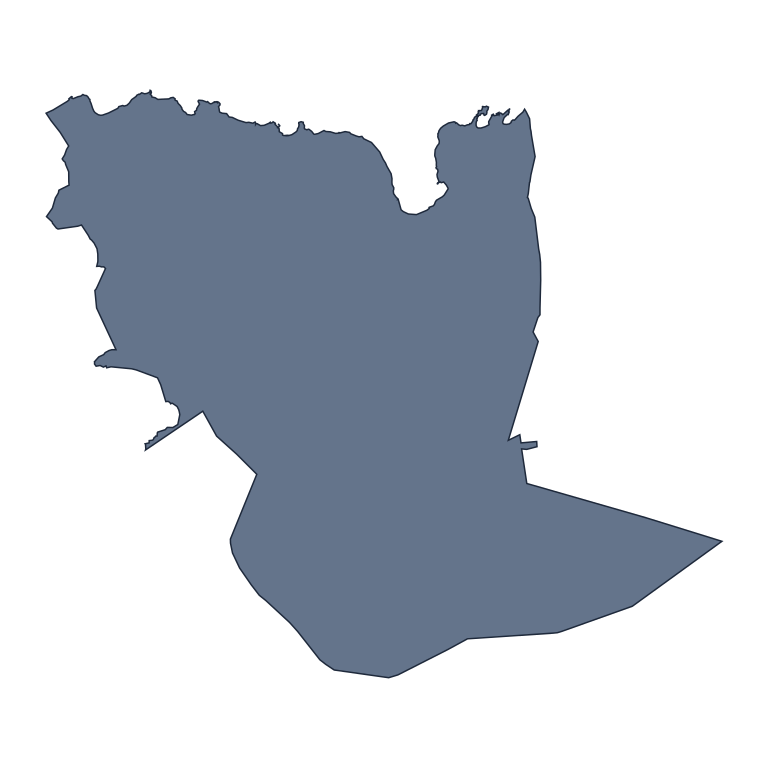 the district of Malvik nor, Sør-Trøndelag, Norway
{"feature_id": "86288312B36520451776758", "entity_name": "Malvik nor", "entity_type": "district", "adm_level": 2, "iso_a3": "NOR", "parent_name": "Norway", "parent_adm1": "Sør-Trøndelag", "projection": "orthographic", "projection_center": [10.725, 63.369], "detail": "fine", "context": "isolated", "style": "filled", "palette": "slate", "viewbox_px": 768, "rotation_deg": 0, "n_neighbors": 0, "source": "geoboundaries", "source_scale": "gbopen_adm2", "svg_char_len": 6015}
<svg xmlns="http://www.w3.org/2000/svg" viewBox="0 0 768 768"><path d="M721.9,541.3L645.8,517.7L526.8,483.5L521.6,448.9L526.6,449.4L537.0,446.7L536.7,441.5L521.0,442.9L519.8,434.7L508.3,440.3L538.2,341.5L533.1,332.0L537.9,317.5L540.0,314.8L540.0,307.9L540.7,280.2L540.5,262.4L539.7,254.5L538.7,249.1L534.8,217.1L531.2,208.4L528.2,198.2L527.4,197.6L528.3,193.5L529.5,182.5L529.9,182.0L530.9,175.0L535.1,156.6L531.5,135.5L531.0,131.2L530.4,128.7L529.6,118.8L526.4,112.2L524.6,109.2L522.9,112.1L517.9,116.4L515.2,119.5L514.3,120.2L513.0,119.9L511.3,121.3L511.1,122.5L509.3,123.9L506.6,124.4L504.2,124.2L503.0,123.6L502.6,122.0L503.9,118.2L504.4,117.4L507.6,114.4L508.2,114.6L509.2,112.0L508.6,111.7L509.4,109.3L510.2,109.4L509.4,109.0L509.2,109.7L507.9,110.1L503.1,114.5L502.5,114.6L501.9,113.7L500.6,113.0L499.7,113.2L499.3,114.2L499.0,112.4L496.4,113.8L496.6,114.2L497.8,113.6L498.0,114.9L494.2,115.7L493.3,115.2L493.7,115.0L493.3,114.2L492.9,114.4L493.3,115.1L493.0,115.3L492.6,114.6L491.6,115.2L491.9,115.9L488.7,121.6L488.7,123.1L489.1,124.2L488.9,124.8L485.3,126.7L481.1,128.0L478.1,128.0L476.8,127.1L476.1,125.5L476.1,123.0L476.4,121.5L477.2,120.3L476.7,118.8L477.3,118.3L477.2,117.3L477.3,116.9L478.2,116.6L478.0,116.0L478.5,115.6L480.3,115.1L480.4,114.5L481.3,113.6L483.6,113.5L484.0,115.1L484.7,115.4L486.5,114.2L486.9,112.6L486.8,111.3L488.0,109.5L488.5,107.1L486.4,106.2L485.2,106.9L482.6,106.5L482.4,106.8L482.7,107.4L482.1,108.8L482.0,109.6L481.2,110.5L478.6,110.6L478.8,111.3L478.1,111.9L478.5,113.2L476.7,114.8L477.3,115.2L477.3,115.6L476.7,115.6L474.5,117.4L473.9,119.0L472.9,120.1L473.0,120.7L471.2,123.5L469.9,123.6L470.0,123.9L469.5,124.5L467.1,124.9L464.8,125.9L462.1,125.2L460.4,125.6L458.7,124.8L457.0,123.2L456.3,122.8L455.7,123.2L455.0,122.0L453.9,121.8L448.5,123.0L443.2,126.1L440.6,128.3L439.0,130.7L438.4,133.0L437.8,133.9L438.0,134.9L437.8,136.9L439.3,140.9L439.1,143.5L437.3,145.8L435.2,149.7L434.8,154.2L434.8,155.9L435.7,158.3L436.4,162.4L436.3,165.2L436.6,166.8L436.0,167.5L436.3,168.6L437.6,169.3L438.0,171.3L437.0,174.5L437.3,177.1L439.1,181.8L437.6,182.9L437.3,183.7L437.7,183.9L438.5,182.7L440.4,182.0L441.2,182.7L443.7,182.0L446.2,184.9L447.9,187.9L448.1,188.9L444.2,195.1L442.3,196.8L436.5,200.2L435.4,201.8L434.4,204.5L433.2,205.9L429.2,207.3L429.0,207.6L429.2,208.5L426.8,210.3L416.5,214.6L408.4,214.0L403.3,211.6L401.1,209.8L398.2,199.3L397.6,199.5L397.8,198.8L395.8,196.8L393.6,193.6L393.3,190.8L393.7,189.6L393.8,187.8L392.1,184.6L391.9,182.1L392.0,178.7L391.1,173.7L386.9,166.3L385.5,163.0L383.2,159.4L379.7,152.0L371.5,142.5L363.8,138.8L361.9,136.4L359.0,136.8L356.3,136.0L350.8,133.8L349.6,132.4L345.1,131.6L339.6,133.0L339.2,133.0L339.1,132.0L338.8,133.1L335.6,133.4L330.3,131.8L325.8,131.5L324.0,130.5L318.3,133.5L314.7,134.3L313.8,134.1L311.7,131.4L309.1,129.4L308.3,129.2L306.9,129.8L304.6,128.9L304.3,128.1L304.5,125.7L303.2,123.4L303.3,122.3L301.1,121.7L298.8,122.5L298.7,123.8L299.1,124.6L298.6,127.1L297.5,128.9L297.3,130.5L295.9,132.0L291.8,134.7L288.5,135.6L286.9,135.7L287.2,135.3L286.9,135.3L284.0,135.6L282.6,135.1L282.5,133.6L279.3,131.7L279.1,128.7L278.4,128.0L279.5,125.7L280.1,126.4L279.6,125.5L278.1,123.8L279.4,125.6L278.3,127.9L277.5,127.7L277.4,126.6L275.2,124.6L275.0,123.7L275.4,123.7L275.3,123.2L273.1,121.8L272.7,122.4L271.1,123.1L270.4,123.1L270.2,122.3L268.9,123.3L264.2,125.3L260.5,125.6L257.2,123.7L256.1,123.5L255.6,124.3L255.6,123.0L255.1,122.0L252.9,123.2L248.9,122.3L246.0,122.6L238.1,120.2L232.3,117.4L229.1,117.0L226.6,113.6L222.2,113.2L219.8,112.2L219.4,111.1L219.0,108.2L218.5,106.7L220.0,104.9L220.0,103.7L218.6,102.2L217.3,101.7L217.1,101.7L217.2,102.5L216.2,101.8L215.0,102.2L215.1,101.8L214.4,101.8L212.2,103.4L210.6,103.8L209.5,103.4L207.6,101.6L206.9,102.1L202.5,100.5L198.8,100.2L198.2,100.8L198.1,101.5L199.5,104.1L197.3,107.5L196.7,108.8L196.5,110.3L194.6,111.6L195.1,113.8L194.1,114.7L193.8,114.9L194.2,114.4L191.4,115.2L187.1,114.5L185.6,112.5L183.6,111.4L181.9,109.1L181.9,108.1L180.3,105.6L178.1,103.4L177.1,101.0L175.3,100.3L175.0,99.8L175.1,98.8L173.2,97.4L170.8,97.8L168.8,98.9L157.8,99.4L155.1,97.7L151.9,97.0L151.6,95.5L150.2,94.2L150.3,93.4L151.1,93.3L151.4,92.3L150.8,90.6L150.1,90.3L149.8,91.9L147.3,93.3L144.7,93.8L141.7,92.8L139.4,94.4L138.8,94.2L136.6,95.4L136.3,96.3L131.7,99.6L129.3,103.1L126.9,105.3L124.0,106.1L122.8,105.5L118.8,106.6L118.1,108.0L117.3,108.6L108.5,113.0L102.5,115.1L100.8,115.3L98.4,114.8L95.1,112.7L93.9,111.2L92.6,108.3L91.0,103.3L89.9,100.8L89.9,99.4L89.0,98.8L88.2,97.2L86.6,95.6L84.4,95.3L82.9,94.5L80.8,96.1L78.0,96.7L73.3,98.6L72.0,98.3L72.0,96.7L71.4,96.6L68.9,98.8L69.2,99.2L69.1,99.8L67.4,101.3L53.0,110.0L46.1,113.2L51.0,120.6L60.2,132.4L68.7,146.0L66.6,149.4L64.6,155.0L62.2,158.9L63.3,160.6L65.2,162.3L65.6,164.3L68.7,171.8L68.8,181.9L69.1,185.1L58.9,190.2L58.3,193.1L55.4,197.9L52.4,208.1L46.5,216.6L52.1,221.8L52.5,223.2L56.4,228.1L58.0,229.0L77.8,226.2L81.5,225.0L88.3,235.4L90.2,239.1L91.5,240.0L94.1,243.1L97.0,248.7L97.8,254.0L97.9,260.3L97.8,261.9L96.7,266.4L99.4,266.2L101.5,266.9L103.8,266.8L105.5,268.5L97.2,286.8L96.0,289.2L94.9,290.4L96.6,308.0L116.0,349.7L111.8,349.7L109.1,350.5L105.2,352.6L103.7,354.6L98.8,356.9L94.4,361.8L94.6,362.2L94.5,364.0L96.1,366.2L100.1,365.5L103.4,367.1L106.0,365.9L106.7,367.8L111.0,366.8L131.7,368.8L136.2,369.9L157.5,377.8L160.7,384.7L165.8,401.6L168.2,401.4L170.0,402.6L170.6,403.8L172.0,403.2L172.6,403.4L177.1,406.5L178.7,409.7L179.2,411.5L179.8,414.6L177.8,424.5L172.9,427.5L167.3,427.4L165.2,429.7L157.7,432.1L157.3,432.9L157.1,436.0L155.7,436.1L154.6,437.5L154.1,437.6L153.3,439.6L152.4,440.2L149.2,440.6L149.1,442.9L145.1,443.8L145.5,444.5L145.8,449.0L145.5,450.0L202.8,411.2L216.6,436.1L236.7,454.2L256.8,474.3L230.4,539.1L230.5,543.2L232.5,553.0L239.6,568.0L251.3,584.9L259.3,595.3L265.8,600.5L289.6,622.5L297.6,631.4L319.9,659.8L325.8,664.4L334.2,670.0L388.7,677.7L397.9,674.9L447.5,649.7L467.5,638.8L553.3,633.1L557.4,632.7L561.7,631.4L632.4,606.2L721.9,541.3Z" fill="#64748b" stroke="#1e293b" stroke-width="1.5"/></svg>